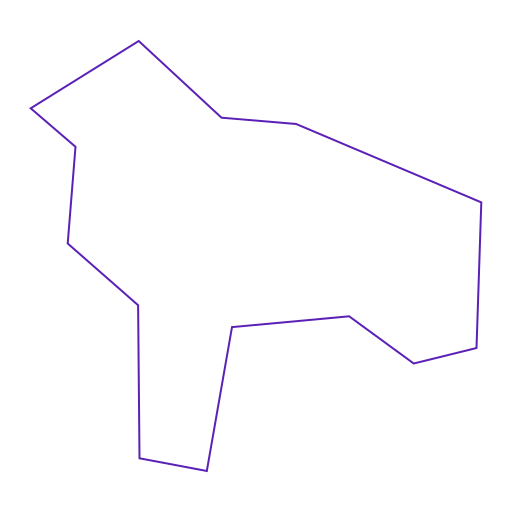 Fergana city, Ferghana, Uzbekistan
{"feature_id": "79887680B52321906088540", "entity_name": "Fergana city", "entity_type": "district", "adm_level": 2, "iso_a3": "UZB", "parent_name": "Uzbekistan", "parent_adm1": "Ferghana", "projection": "albers", "projection_center": [71.796, 40.393], "detail": "fine", "context": "isolated", "style": "outline", "palette": "violet", "viewbox_px": 512, "rotation_deg": 0, "n_neighbors": 0, "source": "geoboundaries", "source_scale": "gbopen_adm2", "svg_char_len": 303}
<svg xmlns="http://www.w3.org/2000/svg" viewBox="0 0 512 512"><path d="M481.3,202.4L296.1,124.0L221.5,117.7L138.7,41.0L30.7,108.3L75.5,146.8L67.7,243.5L138.1,305.2L139.5,458.3L206.8,471.0L232.0,327.1L349.1,316.3L413.7,363.5L476.5,348.0L481.3,202.4Z" fill="none" stroke="#5b21b6" stroke-width="2"/></svg>